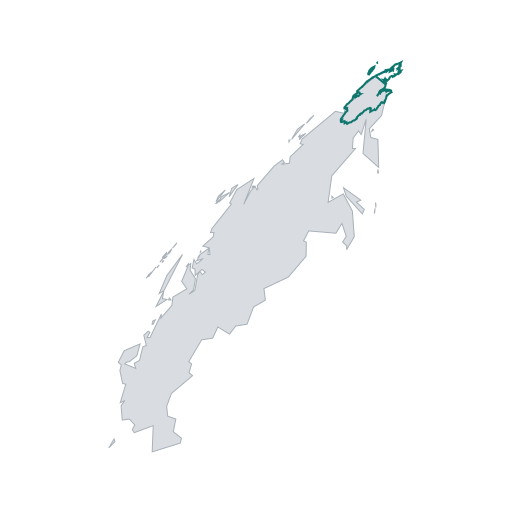 Chukchi Autonomous Okrug on a map of Russia (Natural Earth projection), rotated 312°
{"feature_id": "RUS-2321", "entity_name": "Chukchi Autonomous Okrug", "entity_type": "Autonomous Province", "adm_level": 1, "iso_a3": "RUS", "parent_name": "Russia", "parent_adm1": "", "projection": "natural_earth1", "projection_center": [175.436, 66.707], "detail": "fine", "context": "in_parent", "style": "outline", "palette": "teal", "viewbox_px": 512, "rotation_deg": 312, "n_neighbors": 0, "source": "natural_earth", "source_scale": "10m", "svg_char_len": 9648}
<svg xmlns="http://www.w3.org/2000/svg" viewBox="0 0 512 512"><g transform="rotate(312 256 256)"><path d="M336.1,316.1L321.3,319.1L324.3,316.6L324.4,311.0L331.0,309.9L337.7,298.1L326.4,300.1L309.9,278.4L299.1,281.2L299.9,284.2L289.3,293.4L261.9,294.1L237.1,283.7L229.4,292.5L216.4,288.3L199.3,295.0L190.4,287.8L180.2,288.6L177.7,275.1L166.0,278.8L157.3,271.7L132.4,276.7L132.7,280.4L124.5,284.3L124.6,288.9L97.3,285.1L84.5,290.2L77.9,297.5L81.2,305.5L70.1,312.1L70.7,322.5L66.3,324.9L41.0,309.9L61.2,293.1L43.2,283.7L44.1,280.3L49.4,278.9L50.1,271.0L44.6,266.4L54.5,255.9L60.8,255.3L56.1,253.3L73.6,245.0L72.0,242.2L79.8,231.5L84.8,228.9L84.9,224.8L97.4,221.4L113.1,228.7L102.1,234.2L92.7,232.6L90.4,230.8L88.0,230.6L92.0,241.9L94.7,237.3L100.5,239.3L112.7,232.7L116.1,234.4L122.1,225.6L128.0,226.2L128.2,228.3L122.3,229.7L124.6,231.8L149.6,224.5L146.2,226.9L162.9,226.6L169.9,221.7L185.3,226.6L187.5,217.7L204.1,211.9L206.8,212.6L201.4,216.5L198.6,226.2L189.1,232.2L182.8,231.8L189.5,233.6L203.4,225.0L207.1,224.6L206.2,228.5L210.2,229.2L209.9,224.8L200.8,223.8L205.5,219.4L204.4,216.6L211.9,212.2L210.5,217.1L216.2,218.2L218.0,218.2L212.8,215.1L220.0,213.5L229.9,215.7L225.0,219.3L226.3,220.9L230.8,215.8L227.8,209.9L241.7,211.3L245.3,209.1L242.9,206.5L247.0,204.9L278.1,203.0L277.7,201.0L292.4,197.3L312.3,202.6L286.2,212.3L300.7,208.5L307.2,208.8L305.8,212.2L306.0,212.7L306.8,212.8L309.2,209.8L334.9,209.3L345.2,211.3L344.5,214.5L341.0,213.5L347.4,218.8L352.6,215.0L370.4,216.4L369.0,213.7L373.6,212.0L416.6,218.2L421.1,226.0L427.4,222.2L445.8,225.1L445.8,220.9L469.8,224.6L470.2,237.6L466.4,239.2L462.1,237.6L455.9,238.9L465.6,240.0L468.2,247.0L462.5,245.5L444.4,255.3L426.3,255.1L420.9,262.0L424.2,268.6L403.9,287.9L403.8,266.9L431.3,246.4L416.7,252.9L417.5,248.5L408.7,249.3L400.4,255.7L402.5,258.0L366.2,258.7L344.1,273.7L360.6,279.3L353.9,297.5L336.1,316.1ZM208.0,200.3L168.9,210.7L163.3,209.2L181.8,202.8L208.0,200.3ZM365.3,275.3L367.6,296.6L363.2,294.5L363.1,305.3L358.4,306.9L360.8,283.1L365.3,275.3ZM151.7,215.5L168.1,211.0L161.7,215.0L164.1,218.9L151.7,215.5ZM366.5,204.4L378.0,202.0L386.7,203.8L366.5,204.4ZM276.8,190.6L285.5,193.8L271.0,192.3L276.8,190.6ZM275.4,188.1L284.6,189.0L269.6,189.9L275.4,188.1ZM290.1,192.7L297.1,194.8L282.0,196.4L290.1,192.7ZM388.3,204.8L393.9,204.2L399.4,204.9L388.3,204.8ZM14.9,275.0L25.1,272.9L23.6,275.4L14.9,275.0ZM174.8,189.5L181.3,189.0L168.5,190.1L174.8,189.5ZM375.1,208.9L380.4,210.9L371.3,210.3L375.1,208.9ZM141.2,223.9L136.5,225.3L135.7,224.4L138.8,222.8L141.2,223.9ZM187.1,188.7L193.1,188.2L195.1,188.8L187.1,188.7ZM205.2,188.6L201.3,189.7L197.9,189.3L199.8,188.6L205.2,188.6ZM210.3,188.8L206.0,188.7L212.9,188.4L210.3,188.8ZM166.9,219.7L166.5,222.2L164.9,220.4L166.9,219.7ZM273.6,191.1L269.4,191.7L267.7,190.9L273.6,191.1ZM192.0,187.4L199.3,187.1L195.8,187.8L192.0,187.4ZM469.6,218.0L466.3,217.7L469.6,216.3L469.6,218.0ZM170.6,188.8L174.4,189.2L165.8,189.2L170.6,188.8ZM205.1,211.1L200.7,211.4L205.2,210.9L205.1,211.1ZM305.9,206.8L306.9,208.2L304.2,207.4L305.9,206.8ZM443.1,221.7L440.4,222.3L439.0,221.8L443.1,221.7ZM195.0,190.0L192.4,189.6L197.0,189.9L195.0,190.0ZM197.1,187.9L198.0,188.6L194.8,188.2L197.1,187.9ZM375.7,309.0L374.7,310.5L372.1,312.7L375.7,309.0ZM189.7,190.0L191.0,190.7L188.2,190.6L189.7,190.0ZM219.9,213.3L216.4,213.9L215.8,213.8L219.9,213.3ZM428.4,259.1L426.1,258.6L428.4,257.9L428.4,259.1ZM375.1,207.7L373.5,208.8L373.0,207.9L375.1,207.7ZM351.1,272.4L351.1,274.3L349.8,273.8L351.1,272.4ZM401.9,288.7L399.6,291.4L399.1,290.6L401.9,288.7ZM184.6,190.1L181.5,190.4L180.9,190.2L184.6,190.1ZM223.3,211.3L221.8,212.4L221.4,212.1L223.3,211.3ZM364.9,203.6L362.9,204.2L364.0,202.9L364.9,203.6ZM367.6,314.7L371.2,312.6L367.4,315.3L367.6,314.7Z" fill="#d9dde1" stroke="#a8b0b8" stroke-width="1"/><path d="M425.5,222.3L428.9,222.2L429.5,222.0L431.5,222.6L433.6,222.5L436.7,222.9L439.0,222.0L439.7,222.2L439.3,222.4L440.1,222.7L439.9,223.3L440.2,223.7L442.9,224.2L443.1,225.0L443.5,225.2L445.3,225.1L446.0,225.3L445.6,224.9L446.1,224.8L446.3,225.1L446.2,224.7L447.0,224.3L447.4,224.4L447.1,224.3L446.8,223.9L446.8,223.5L446.4,223.2L446.1,222.6L445.0,222.5L445.1,222.2L446.1,222.0L445.9,221.4L446.0,220.9L445.6,220.9L445.8,220.8L451.4,221.3L452.7,221.8L453.3,221.8L452.5,221.6L452.8,221.4L454.5,221.7L459.0,221.6L458.5,221.7L459.7,222.0L460.1,221.8L459.1,221.6L460.0,221.6L460.4,221.8L460.3,222.0L461.5,222.3L466.7,223.1L467.5,223.4L466.4,223.2L466.4,223.5L467.9,223.6L469.7,224.5L468.7,224.1L469.1,224.4L469.8,224.6L470.2,237.6L469.7,237.8L468.9,238.5L466.5,239.2L466.3,239.2L467.0,238.9L464.0,238.8L463.4,238.4L463.7,238.4L463.5,238.1L462.2,237.6L460.5,237.7L461.2,237.8L462.3,237.7L463.2,238.5L462.5,238.6L461.4,238.3L460.9,238.5L459.9,238.0L459.0,238.6L457.2,238.6L456.5,238.9L455.6,238.9L456.5,238.9L457.4,238.7L459.0,238.6L460.0,238.1L460.9,238.8L460.1,239.1L460.1,239.4L461.0,238.9L461.7,239.3L462.3,238.8L463.7,238.6L463.3,239.4L463.6,239.8L464.5,240.4L465.5,240.6L465.2,240.4L465.8,240.0L465.6,239.8L466.6,241.1L466.3,241.0L466.1,241.3L466.4,241.3L466.1,241.4L466.8,241.4L467.1,242.6L466.7,242.4L467.0,242.6L466.0,242.5L465.8,242.7L467.0,242.7L467.0,243.1L466.7,243.3L467.0,243.4L467.3,243.2L467.1,242.8L467.1,242.6L467.8,243.6L467.3,243.3L467.2,243.5L468.9,244.2L468.9,244.5L468.5,244.7L469.2,245.1L469.4,245.7L468.8,246.3L468.1,246.5L468.2,247.0L465.3,246.3L463.3,246.1L463.3,245.6L463.7,245.3L463.0,245.7L462.4,245.1L462.6,245.5L462.3,245.8L462.6,246.1L463.2,246.1L461.5,246.3L460.5,247.1L457.9,247.9L458.2,247.7L457.8,247.6L457.6,248.1L456.5,248.4L456.0,248.2L456.4,248.6L455.7,248.8L455.7,248.2L455.3,247.8L454.7,247.9L454.7,247.5L454.4,247.2L454.7,247.0L454.6,246.6L454.1,246.6L453.6,246.3L451.5,246.8L451.3,247.0L449.2,246.5L447.7,247.1L446.9,246.9L446.0,247.3L444.4,247.2L443.6,246.3L443.9,245.9L443.3,245.9L441.4,244.8L440.9,244.9L439.6,244.4L441.7,242.9L442.5,242.7L442.7,242.4L442.6,241.9L442.2,241.7L442.1,241.4L440.8,241.2L440.6,240.6L439.9,240.2L437.9,240.1L436.6,239.1L435.5,239.4L433.9,239.2L433.0,239.4L432.9,239.2L433.1,239.2L432.6,238.7L431.7,238.7L431.5,238.4L430.9,238.4L430.8,238.9L430.5,238.9L430.3,238.6L428.7,238.1L427.8,238.3L426.9,238.1L426.4,238.5L425.8,238.5L425.8,238.9L425.6,239.0L424.8,239.0L424.3,238.7L422.4,238.4L422.1,237.9L421.1,237.4L419.1,237.3L417.9,236.1L415.1,235.3L415.2,234.8L416.0,233.8L413.9,233.0L415.0,232.0L415.5,231.8L415.3,231.2L413.0,230.2L412.8,230.0L413.1,229.7L412.6,229.3L412.8,228.9L413.3,228.7L414.4,228.6L413.7,228.1L414.3,227.6L414.7,227.4L418.3,227.1L418.5,226.9L421.4,226.8L422.5,226.4L424.9,226.8L425.3,226.6L425.5,226.1L425.9,225.8L425.6,225.2L426.3,224.9L425.5,224.5L425.5,224.1L426.2,223.9L425.2,223.1L425.4,223.0L425.1,222.7L425.5,222.3ZM469.8,224.6L470.9,224.8L471.1,224.6L471.6,225.1L472.8,225.3L473.7,225.8L473.1,225.6L473.2,226.0L475.0,226.4L475.1,226.7L474.8,226.9L475.8,226.7L474.0,226.0L476.3,226.8L475.6,226.9L476.0,227.1L476.7,227.0L477.2,227.1L476.9,227.1L477.0,227.3L477.4,227.2L478.7,227.8L478.3,227.7L478.2,227.9L478.8,228.1L479.7,228.1L478.8,227.8L480.4,228.3L479.9,228.4L480.1,228.7L479.4,228.8L479.7,229.0L481.1,229.2L480.2,228.7L480.7,228.4L482.1,228.9L482.1,229.1L482.5,229.5L482.3,229.3L482.4,229.7L481.9,229.9L482.5,230.0L483.0,229.7L482.7,229.5L483.4,229.9L483.5,230.1L483.3,230.2L483.2,231.0L483.8,231.4L483.6,231.5L483.8,232.0L483.1,232.2L484.5,232.7L484.6,232.9L484.5,233.1L484.7,233.3L484.5,233.5L485.3,233.1L485.1,232.9L485.6,232.9L485.9,233.3L485.7,233.4L485.7,233.7L486.2,233.4L486.5,233.2L485.0,232.6L485.8,232.2L485.5,231.2L484.0,230.9L486.4,230.7L487.0,230.9L486.9,231.0L487.1,230.9L487.9,231.0L487.4,230.9L487.8,231.1L487.4,231.2L487.4,231.7L487.9,231.6L487.6,231.4L487.9,231.1L488.0,231.3L488.7,231.5L489.8,231.3L488.0,231.0L491.5,231.3L491.5,231.5L492.5,231.9L492.5,232.2L495.1,233.4L494.5,233.7L495.4,233.5L495.9,233.8L495.3,233.8L496.3,233.9L497.1,234.2L494.7,234.9L494.9,235.0L494.8,235.3L495.0,235.6L494.8,235.8L494.0,235.7L492.4,235.0L493.0,235.6L493.8,235.8L493.7,236.3L493.1,236.1L491.1,236.2L491.8,236.2L490.4,236.0L490.6,235.9L490.3,235.7L488.8,235.5L490.1,235.9L490.3,236.3L490.0,236.3L490.9,236.2L490.7,237.0L489.4,237.0L490.7,237.1L490.7,237.5L491.0,237.6L490.4,238.0L489.3,238.4L488.7,238.3L488.3,238.7L489.2,238.5L489.4,238.8L488.6,239.0L489.1,239.0L488.8,239.3L489.2,239.2L490.2,239.4L490.9,239.9L489.9,240.0L489.1,239.6L488.8,239.7L489.4,239.8L489.3,240.2L488.9,240.1L489.0,240.4L488.6,240.4L487.9,240.3L488.1,239.7L487.7,239.2L487.8,239.5L487.8,239.9L487.1,240.1L486.2,239.9L486.0,239.5L485.2,239.1L485.3,239.0L484.4,238.8L484.5,238.5L484.3,238.2L484.2,238.5L483.7,238.5L483.6,238.3L483.5,238.6L482.4,238.6L482.2,238.5L482.5,238.4L481.1,237.9L481.4,237.7L481.2,237.6L481.4,237.4L481.0,237.0L480.9,236.5L480.6,236.3L478.1,235.8L477.0,236.4L474.2,236.2L474.3,235.4L473.8,235.4L472.8,234.3L473.6,234.4L473.6,234.1L474.1,234.0L473.9,233.6L474.1,233.2L473.7,233.3L473.3,233.9L472.8,233.9L472.4,233.7L472.5,233.4L472.3,233.1L472.3,233.5L471.6,233.3L472.2,233.9L472.1,234.0L471.3,234.1L470.9,233.9L470.6,234.6L470.8,235.1L472.1,235.7L472.0,235.9L472.1,236.0L471.5,236.5L471.5,237.1L471.1,237.4L470.2,237.6L469.8,224.6ZM469.6,216.3L471.9,216.1L473.5,216.3L476.0,217.2L474.8,217.9L470.9,218.3L469.6,218.0L469.6,216.3ZM469.6,218.0L468.8,218.4L467.5,218.4L466.6,218.6L466.2,217.8L466.9,217.2L469.6,216.3L469.6,218.0ZM443.2,221.7L443.1,222.0L442.7,222.0L442.8,222.3L442.6,222.6L441.7,222.6L438.9,221.8L440.2,221.2L443.2,221.7ZM490.1,238.4L491.2,238.7L489.7,238.9L490.1,238.4ZM444.4,222.1L445.3,222.0L444.8,222.2L444.4,222.1ZM490.1,239.1L489.5,239.1L490.1,239.1ZM480.5,216.8L480.4,216.9L480.0,216.7L480.5,216.8Z" fill="none" stroke="#0f766e" stroke-width="2"/></g></svg>